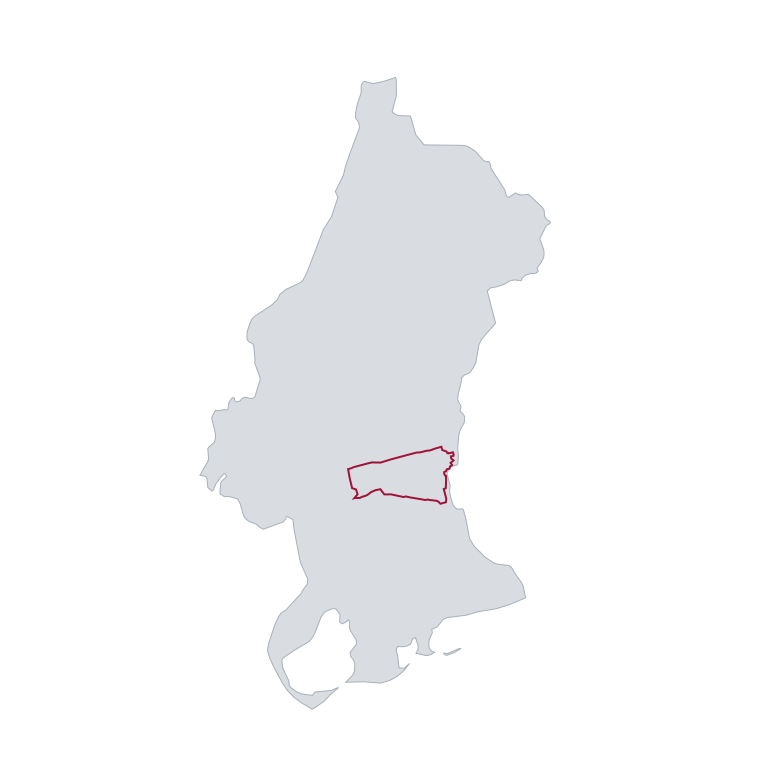 Baherden, Ahal, Turkmenistan (highlighted), rotated 256°
{"feature_id": "10190150B40000077655635", "entity_name": "Baherden", "entity_type": "district", "adm_level": 2, "iso_a3": "TKM", "parent_name": "Turkmenistan", "parent_adm1": "Ahal", "projection": "natural_earth1", "projection_center": [57.355, 39.019], "detail": "fine", "context": "in_parent", "style": "outline", "palette": "rose", "viewbox_px": 768, "rotation_deg": 256, "n_neighbors": 0, "source": "geoboundaries", "source_scale": "gbopen_adm2", "svg_char_len": 5127}
<svg xmlns="http://www.w3.org/2000/svg" viewBox="0 0 768 768"><g transform="rotate(256 384 384)"><path d="M231.0,259.7L264.3,261.5L274.5,262.8L278.8,258.2L278.6,257.1L277.0,256.2L274.6,253.0L272.3,231.7L275.2,228.6L278.6,226.4L283.4,219.7L286.0,217.6L289.8,215.9L302.4,215.5L307.8,214.2L312.3,206.5L313.2,202.1L316.7,198.5L318.6,198.6L327.2,201.6L329.1,203.2L332.0,208.8L335.2,208.4L335.7,207.5L335.3,206.3L332.9,202.8L327.5,196.5L322.2,192.5L321.7,191.2L326.2,188.0L335.3,189.4L337.6,188.4L339.9,183.3L351.9,194.7L354.2,195.8L363.7,197.3L365.3,198.9L368.6,205.4L371.9,207.2L375.9,208.4L392.9,208.6L398.2,213.0L399.1,214.1L398.1,217.2L397.8,223.1L396.5,225.5L397.4,226.5L403.4,229.0L407.0,232.8L407.4,234.5L406.4,235.6L403.5,235.0L402.2,236.7L402.2,239.8L404.3,242.8L404.9,245.4L402.0,251.6L402.0,254.2L403.0,255.7L418.3,265.0L420.8,265.3L435.6,263.6L438.3,264.6L451.3,266.7L454.9,266.4L457.3,263.4L459.7,262.2L461.9,262.1L468.1,264.1L474.7,268.1L479.0,271.7L481.2,275.1L487.4,293.3L491.5,300.8L496.2,304.7L499.5,311.8L502.6,327.4L504.4,330.6L511.6,336.8L548.1,362.2L559.2,373.6L576.3,384.5L582.5,383.3L596.0,394.9L604.5,399.3L615.5,406.4L638.7,422.3L643.6,422.9L649.0,420.7L653.8,422.0L662.5,426.1L671.9,432.2L679.8,434.3L682.1,437.0L682.2,438.5L678.1,446.2L677.7,456.1L678.6,469.3L676.5,469.5L660.9,465.8L646.1,457.7L642.7,460.3L641.0,463.0L637.6,474.5L617.8,475.2L606.3,480.8L596.5,518.1L594.3,522.7L587.9,528.8L576.6,534.8L574.9,537.2L574.6,539.4L573.2,540.1L566.9,540.1L543.1,548.2L537.8,548.2L535.7,548.9L534.9,550.3L537.6,557.8L535.5,559.9L534.0,563.6L533.0,570.1L517.3,580.2L514.0,581.4L507.7,580.4L504.4,581.5L501.1,584.7L499.5,583.7L498.7,580.5L496.9,578.4L487.0,570.2L475.7,571.5L471.5,570.8L468.1,569.5L462.9,564.8L459.5,560.4L456.0,560.9L454.9,558.8L454.8,556.3L455.7,553.4L455.4,547.8L453.4,543.7L451.1,542.0L453.5,535.5L453.5,530.6L451.8,525.4L451.1,517.8L451.4,510.4L449.2,506.7L416.0,507.0L404.0,489.7L399.1,485.6L382.6,478.3L378.0,474.4L374.2,470.1L373.2,464.2L371.4,460.8L368.8,460.2L355.9,453.4L350.7,451.6L343.7,453.3L339.4,451.4L334.6,454.0L332.5,454.2L327.2,452.6L320.6,446.4L315.2,443.8L303.7,439.9L295.7,438.7L288.6,436.3L287.8,435.4L287.6,430.2L286.6,428.0L284.6,425.4L281.8,423.4L269.6,423.6L264.0,421.7L259.6,421.3L249.9,421.7L246.8,423.1L244.9,424.8L243.8,429.9L242.7,430.6L233.3,430.8L213.3,429.6L204.9,432.2L191.9,440.0L184.4,446.6L182.2,449.5L177.7,461.2L175.7,462.9L173.2,464.2L170.6,464.5L158.7,469.1L154.1,470.2L142.3,469.6L139.6,452.4L138.8,438.7L140.3,419.8L139.8,407.7L142.0,389.2L141.3,384.7L135.3,376.6L134.5,371.0L130.9,370.7L124.9,365.9L119.1,364.1L116.2,364.0L113.5,365.3L111.5,368.1L110.1,363.8L110.2,359.3L115.0,349.9L117.9,352.7L121.5,353.8L130.5,353.2L129.7,350.0L125.1,346.8L124.2,342.6L124.6,338.2L125.9,334.1L124.5,332.4L122.4,331.4L117.5,331.5L104.9,330.0L103.3,334.8L106.7,341.2L101.1,333.9L97.3,326.5L94.9,317.7L94.6,308.3L99.7,293.2L103.9,274.7L108.6,282.5L112.2,285.9L120.0,288.1L123.8,287.6L127.9,285.6L131.9,286.2L138.0,294.3L142.4,295.2L151.7,292.1L156.0,291.4L159.8,292.8L163.8,292.8L162.1,289.0L161.4,285.4L163.7,283.4L170.9,285.5L176.8,283.3L177.8,282.4L178.4,279.2L177.6,272.9L176.3,270.2L173.0,266.5L160.3,257.5L156.0,254.0L152.4,249.4L146.8,231.0L142.4,219.3L140.7,218.0L133.2,217.0L119.0,219.8L114.0,219.2L111.7,220.4L105.8,225.4L103.0,229.6L99.1,239.3L101.9,242.4L99.4,258.7L100.6,265.6L100.1,266.1L96.0,257.5L90.4,248.8L85.8,235.7L94.4,227.0L101.7,220.9L109.5,216.4L117.7,213.3L135.9,208.6L145.9,206.8L154.0,206.5L160.3,209.4L177.1,220.0L184.3,226.0L186.4,228.4L188.4,234.1L200.6,252.6L203.6,255.2L208.3,261.1L212.9,262.9L231.0,259.7ZM109.1,392.5L108.7,394.9L106.5,387.5L105.5,379.3L107.0,377.0L108.6,377.1L107.0,380.1L109.1,392.5Z" fill="#d9dde1" stroke="#a8b0b8" stroke-width="1"/><path d="M280.4,327.6L280.4,328.7L279.6,331.9L279.3,333.1L279.9,335.5L279.9,335.8L279.9,336.3L279.9,338.2L280.4,341.1L282.0,344.8L282.1,345.0L282.3,345.5L283.0,350.2L282.9,353.2L282.8,355.0L276.8,357.6L276.7,357.9L275.6,362.6L275.3,364.0L273.9,366.8L271.3,372.1L269.6,375.7L269.6,376.8L269.6,378.1L267.8,381.5L265.3,387.3L263.5,391.5L261.6,395.6L261.4,395.9L261.4,397.4L261.3,398.7L261.0,399.0L260.8,399.2L258.0,406.7L257.2,407.8L257.0,408.1L254.2,409.8L254.2,411.7L254.3,415.5L257.8,416.7L267.6,416.6L267.9,418.7L275.0,420.8L279.8,421.9L280.5,421.1L282.6,420.7L284.0,421.1L284.6,423.3L286.1,424.4L286.0,427.1L288.0,428.1L288.9,430.5L290.0,430.1L291.3,429.5L291.5,429.9L293.1,433.0L295.4,431.3L295.6,431.2L297.6,431.4L297.5,434.0L298.4,434.5L298.5,434.5L300.3,434.4L301.1,434.3L301.0,430.2L301.5,430.0L301.5,428.8L303.5,428.2L305.8,424.6L307.7,424.5L309.2,424.5L308.9,416.2L308.7,415.4L308.6,415.2L308.6,414.8L308.5,412.8L308.4,412.2L308.9,409.6L308.9,408.2L308.9,402.6L308.9,402.4L309.6,399.2L309.5,390.5L309.2,373.4L309.2,373.2L308.6,361.5L309.2,359.5L309.9,356.7L310.9,353.1L310.8,352.8L310.9,350.6L310.7,337.0L310.7,336.9L310.6,334.0L310.6,333.9L310.2,332.3L310.2,331.2L310.1,330.1L310.1,328.9L310.1,328.6L309.3,328.5L300.0,327.9L297.0,327.9L290.6,327.9L288.5,331.3L286.2,331.5L283.4,331.7L281.2,328.7L280.4,327.6Z" fill="none" stroke="#9f1239" stroke-width="2"/></g></svg>